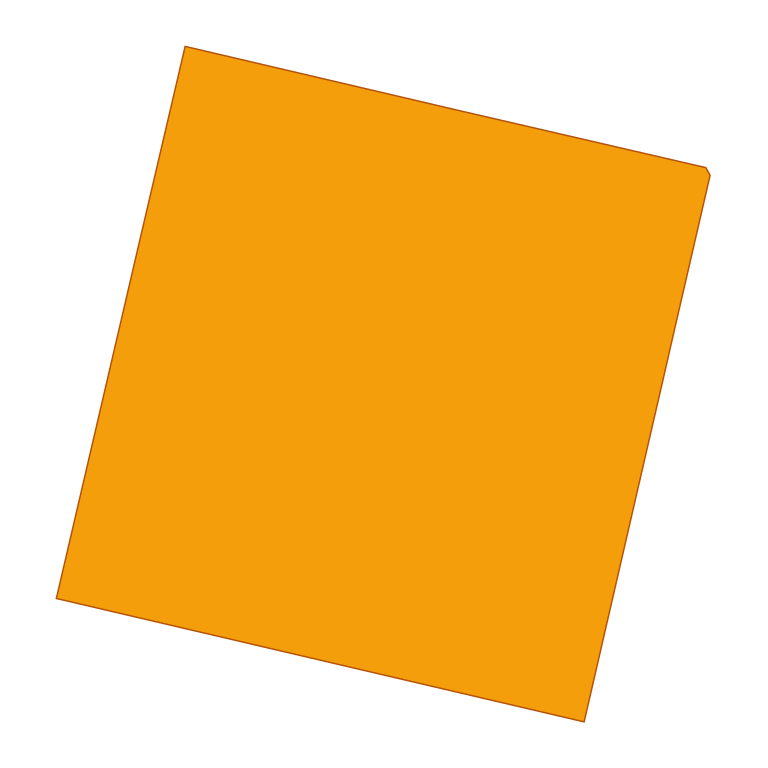 Hall, Nebraska, United States of America, rotated 13°
{"feature_id": "52423323B95239642350933", "entity_name": "Hall", "entity_type": "district", "adm_level": 2, "iso_a3": "USA", "parent_name": "United States of America", "parent_adm1": "Nebraska", "projection": "albers", "projection_center": [-98.41, 40.872], "detail": "fine", "context": "isolated", "style": "filled", "palette": "amber", "viewbox_px": 768, "rotation_deg": 13, "n_neighbors": 0, "source": "geoboundaries", "source_scale": "gbopen_adm2", "svg_char_len": 313}
<svg xmlns="http://www.w3.org/2000/svg" viewBox="0 0 768 768"><g transform="rotate(13 384 384)"><path d="M654.9,390.5L654.9,382.5L654.9,313.6L654.8,266.4L654.8,107.3L648.9,100.8L396.1,100.7L114.3,99.8L113.7,311.4L113.0,666.7L655.0,668.2L654.9,390.5Z" fill="#f59e0b" stroke="#b45309" stroke-width="1.5"/></g></svg>